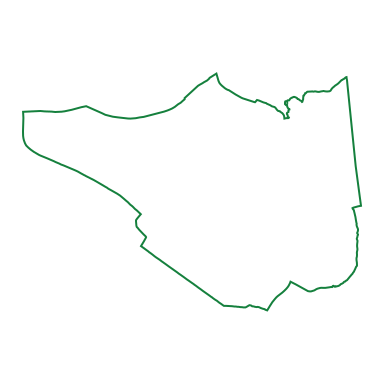 the district of Sam Khok, Pathum Thani, Thailand
{"feature_id": "78962969B46863562743869", "entity_name": "Sam Khok", "entity_type": "district", "adm_level": 2, "iso_a3": "THA", "parent_name": "Thailand", "parent_adm1": "Pathum Thani", "projection": "natural_earth1", "projection_center": [100.554, 14.08], "detail": "fine", "context": "isolated", "style": "outline", "palette": "green", "viewbox_px": 384, "rotation_deg": 0, "n_neighbors": 0, "source": "geoboundaries", "source_scale": "gbopen_adm2", "svg_char_len": 5868}
<svg xmlns="http://www.w3.org/2000/svg" viewBox="0 0 384 384"><path d="M343.2,79.2L342.3,79.9L341.8,80.0L341.5,80.2L338.6,83.1L337.7,83.9L335.5,85.4L335.0,85.7L334.3,86.4L332.6,87.8L332.1,88.4L331.7,88.8L330.6,90.6L330.2,90.9L329.3,91.3L327.2,91.5L325.7,91.4L324.4,91.2L323.6,91.0L323.4,91.0L322.6,91.2L321.2,91.4L319.0,91.9L317.4,91.8L315.6,91.4L314.6,91.4L313.7,91.6L313.0,91.6L312.3,91.4L312.0,91.4L311.7,91.5L307.5,91.7L307.2,91.8L306.7,92.2L306.2,92.8L305.6,93.3L305.4,93.4L305.3,93.2L305.2,93.2L305.1,93.6L304.4,94.7L304.0,95.5L303.9,95.5L303.7,95.4L303.4,95.7L303.3,96.6L303.2,97.8L303.1,99.6L302.6,100.7L302.4,101.7L302.2,101.9L302.0,102.0L301.8,101.8L301.6,101.2L301.4,101.0L299.9,100.3L299.5,100.0L298.9,99.4L298.5,99.1L297.6,99.0L297.5,98.8L297.0,98.2L296.8,97.9L295.2,97.2L294.7,97.0L294.0,97.0L293.9,96.9L293.4,97.0L293.1,97.1L292.4,97.6L292.0,97.6L290.6,98.4L290.0,99.0L289.5,99.9L289.0,100.4L288.5,100.3L287.9,100.3L287.7,100.3L287.4,100.5L287.2,100.8L287.2,101.1L287.2,102.0L286.6,101.4L286.3,101.2L286.0,101.2L285.4,101.3L285.2,101.5L285.0,102.7L285.0,104.1L285.6,104.7L285.8,104.4L286.1,104.3L286.4,104.3L286.9,104.5L287.1,105.3L287.1,105.5L287.1,105.8L287.1,106.1L287.2,106.3L287.2,106.6L287.6,107.4L287.7,107.7L288.4,108.6L289.0,108.9L289.3,109.0L289.4,109.5L289.1,109.6L289.0,109.8L288.5,110.2L288.4,111.0L288.5,111.7L288.4,112.1L287.4,112.6L287.1,112.8L286.9,113.4L286.9,113.8L287.0,114.2L287.7,115.3L287.7,115.5L287.7,116.1L287.9,116.8L288.3,117.2L288.7,117.4L288.9,117.5L288.8,117.8L288.6,118.0L288.3,118.1L286.6,118.1L285.7,118.3L284.4,118.6L284.3,117.4L284.1,116.1L283.8,115.2L283.2,114.3L282.3,113.1L281.4,112.6L280.7,112.0L280.1,111.7L279.8,111.2L279.0,111.1L278.1,110.9L277.1,110.0L276.2,108.8L275.3,107.6L274.4,107.0L271.9,106.3L270.2,105.2L266.8,103.7L266.3,103.2L263.4,102.4L258.9,100.5L257.0,100.0L255.1,102.2L254.4,102.1L242.9,98.4L241.5,97.8L235.6,94.5L231.7,92.0L228.7,90.1L227.8,89.9L226.6,89.3L225.0,88.3L221.9,85.7L220.5,84.3L219.4,82.9L218.5,80.9L216.4,73.6L209.7,77.8L209.4,78.1L209.2,78.6L207.1,80.5L204.0,82.2L202.5,83.2L199.6,84.8L198.0,85.8L184.6,98.1L184.6,98.3L184.7,99.1L184.6,99.3L182.8,100.8L180.6,102.8L178.2,104.2L174.8,106.9L172.1,108.5L169.9,109.5L167.4,110.5L164.1,111.6L143.7,116.9L139.8,117.4L135.7,118.2L130.4,118.6L127.9,118.5L118.1,117.4L112.8,116.7L105.3,114.8L102.0,113.2L86.2,106.2L81.3,107.2L71.7,109.8L64.6,111.3L61.5,111.7L55.2,112.0L51.3,111.6L47.8,111.5L44.8,111.4L40.4,111.0L23.1,111.8L23.4,118.0L23.0,131.5L23.1,135.8L23.4,138.1L23.9,140.3L25.0,143.3L26.2,145.5L28.2,147.5L30.8,149.7L33.9,151.9L39.0,154.9L39.2,155.0L40.5,155.6L47.6,158.5L54.1,161.3L55.7,162.1L59.3,163.6L61.0,164.5L63.5,165.4L69.9,168.1L73.7,169.7L76.0,170.7L77.9,171.6L81.2,173.5L82.7,174.3L83.9,175.0L85.2,175.6L85.8,176.0L87.8,177.0L94.1,180.2L104.2,186.1L105.7,187.0L106.7,187.5L108.3,188.7L111.2,190.3L117.2,193.7L117.8,194.1L120.1,195.6L123.8,198.7L126.2,200.8L127.8,202.1L130.3,204.7L131.9,205.9L133.0,206.9L134.9,208.9L136.8,210.4L140.8,214.2L138.1,217.4L136.6,219.3L136.2,219.9L136.0,220.5L136.0,221.1L136.4,225.8L136.8,227.0L137.2,227.4L137.8,228.0L138.8,229.3L139.6,230.2L143.6,234.4L145.5,236.2L146.0,236.9L146.1,237.1L145.9,237.7L143.8,241.5L141.0,246.1L148.4,251.5L149.5,252.5L149.8,252.6L151.2,253.6L151.5,253.9L152.0,254.2L154.6,256.3L156.1,257.4L158.8,259.2L159.7,259.8L161.9,261.5L163.1,262.3L163.9,262.9L165.2,263.8L168.9,266.5L177.1,272.3L178.9,273.7L180.4,274.7L182.5,276.2L183.5,276.9L187.0,279.5L188.5,280.5L192.6,283.4L193.7,284.1L194.2,284.6L195.7,285.6L198.6,287.8L200.6,289.2L203.0,291.0L208.1,294.6L210.2,296.1L210.9,296.7L211.6,297.0L212.7,298.0L213.4,298.4L213.7,298.7L215.6,300.0L216.7,300.6L219.3,302.7L221.0,303.8L223.6,305.7L224.0,305.9L226.7,305.9L227.2,306.0L227.9,305.9L228.3,306.0L232.0,306.2L234.3,306.5L235.6,306.5L237.5,306.8L238.5,306.8L240.4,307.1L242.3,307.2L243.3,307.4L245.2,307.4L245.5,307.4L246.5,306.9L249.0,305.4L249.4,305.2L249.7,305.2L251.1,305.5L252.2,306.3L252.8,306.3L254.0,306.5L254.8,306.8L256.9,307.1L257.5,306.9L258.2,307.0L258.7,307.1L259.8,307.5L260.4,307.9L261.6,308.3L261.9,308.4L262.3,308.6L263.5,308.9L264.4,309.1L264.9,309.3L265.2,309.7L267.2,310.4L269.8,306.1L272.3,302.2L274.9,299.0L276.3,297.4L277.6,296.2L282.4,292.5L284.4,290.7L286.2,288.9L287.4,287.5L288.3,286.3L289.0,285.1L290.0,283.1L290.5,281.7L295.6,284.3L307.2,290.7L307.9,291.1L309.0,291.3L309.9,291.4L311.0,291.4L314.0,290.5L314.7,290.2L315.6,289.6L316.7,289.0L317.7,288.6L320.3,287.9L321.6,287.8L324.0,287.9L325.1,287.9L330.1,287.2L331.0,287.0L332.1,287.1L332.3,287.0L332.5,286.9L332.6,286.7L332.6,286.3L332.7,286.1L333.3,285.8L333.6,285.9L334.5,286.4L334.7,286.7L335.1,286.7L335.1,286.3L335.4,286.2L335.6,286.3L335.7,286.6L335.9,286.6L336.6,286.3L337.4,286.2L338.2,286.0L339.1,285.6L340.1,284.9L340.7,284.2L342.3,283.5L343.4,282.8L343.5,282.6L343.7,282.2L344.2,281.8L344.6,281.6L344.9,281.5L345.2,281.5L346.0,280.7L346.8,280.3L347.1,280.1L350.2,276.3L351.4,275.0L351.5,274.6L352.2,274.1L352.4,273.9L353.1,272.6L354.0,271.6L354.4,270.5L354.9,269.6L356.2,266.6L356.7,266.2L356.9,265.7L357.0,265.4L356.9,262.7L356.5,260.0L356.5,258.8L356.5,258.0L356.8,257.0L356.9,256.4L357.0,254.7L356.9,253.3L356.9,252.7L356.9,252.2L357.4,249.9L357.4,249.4L357.4,248.7L357.1,246.4L357.1,245.1L357.2,243.8L357.4,242.1L357.5,241.0L357.4,240.4L356.9,239.3L356.8,238.6L356.9,238.3L357.3,237.2L357.5,235.8L358.0,234.8L358.0,234.5L357.9,234.3L357.3,233.5L357.2,233.2L357.2,232.8L357.7,231.7L357.8,231.2L358.0,230.2L358.0,229.4L357.8,228.6L356.9,226.5L356.6,225.2L356.5,224.7L356.7,223.9L356.6,223.5L356.4,222.7L356.0,220.6L355.4,216.8L355.0,215.2L354.6,213.4L354.1,211.4L353.9,210.3L352.8,208.9L352.5,208.1L353.2,207.7L356.1,206.9L358.2,206.3L361.0,205.8L359.7,196.2L355.7,166.2L347.4,84.3L347.0,80.1L346.7,78.8L346.5,77.1L346.1,77.2L345.7,77.4L343.8,79.0L343.2,79.2Z" fill="none" stroke="#15803d" stroke-width="2"/></svg>